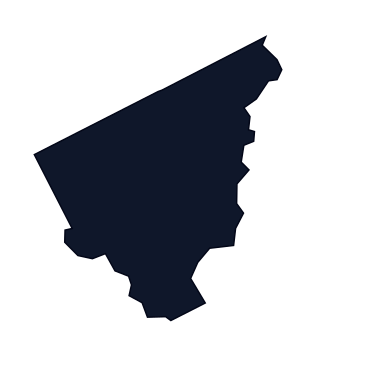 outline of San Juan, Colorado, United States of America, rotated 153°
{"feature_id": "52423323B96240484202678", "entity_name": "San Juan", "entity_type": "district", "adm_level": 2, "iso_a3": "USA", "parent_name": "United States of America", "parent_adm1": "Colorado", "projection": "robinson", "projection_center": [-107.715, 37.802], "detail": "fine", "context": "isolated", "style": "filled", "palette": "ink", "viewbox_px": 384, "rotation_deg": 153, "n_neighbors": 0, "source": "geoboundaries", "source_scale": "gbopen_adm2", "svg_char_len": 665}
<svg xmlns="http://www.w3.org/2000/svg" viewBox="0 0 384 384"><g transform="rotate(153 192 192)"><path d="M114.0,209.2L108.9,217.5L113.4,221.8L106.1,232.9L107.5,243.5L92.4,245.7L73.4,256.3L65.2,253.5L56.5,260.2L56.2,271.3L62.8,290.9L55.8,296.9L172.6,296.4L176.6,296.9L315.5,296.9L315.3,213.9L322.4,215.7L328.2,205.0L322.5,187.2L311.0,177.8L297.1,176.4L296.4,156.7L286.7,145.8L288.1,136.7L295.1,128.2L286.7,116.0L288.5,100.7L272.1,92.9L269.2,87.1L230.6,87.1L232.5,115.6L218.8,126.7L201.8,133.9L179.2,125.5L169.7,139.8L155.7,149.8L157.5,161.4L148.3,178.8L131.2,185.8L134.6,196.3L124.6,210.1L114.0,209.2Z" fill="#0f172a" stroke="#020617" stroke-width="1.5"/></g></svg>